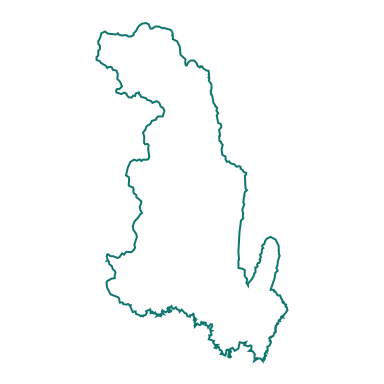 Alto Baudó (Pie De Pato), Chocó, Colombia (Mercator projection)
{"feature_id": "7082276B3053585301138", "entity_name": "Alto Baudó (Pie De Pato)", "entity_type": "district", "adm_level": 2, "iso_a3": "COL", "parent_name": "Colombia", "parent_adm1": "Chocó", "projection": "mercator", "projection_center": [-77.05, 5.663], "detail": "fine", "context": "isolated", "style": "outline", "palette": "teal", "viewbox_px": 384, "rotation_deg": 0, "n_neighbors": 0, "source": "geoboundaries", "source_scale": "gbopen_adm2", "svg_char_len": 6007}
<svg xmlns="http://www.w3.org/2000/svg" viewBox="0 0 384 384"><path d="M283.6,315.5L287.5,310.3L286.7,307.2L285.5,306.6L286.1,304.7L285.0,304.4L283.7,302.2L283.2,302.9L282.4,302.0L282.1,299.3L281.1,298.5L280.2,295.5L277.7,295.4L275.4,291.6L273.9,291.5L273.7,289.8L270.6,289.8L274.5,278.5L275.5,272.7L277.7,270.8L276.3,267.9L277.4,265.7L277.9,261.2L279.7,255.6L278.9,254.2L278.6,245.7L275.6,239.6L270.5,236.9L266.7,238.9L265.4,240.4L264.2,244.2L262.8,244.6L262.1,246.4L263.3,248.1L262.1,249.0L261.5,253.6L260.0,254.7L260.9,256.8L259.7,259.5L260.3,259.8L260.1,261.2L259.1,263.0L258.0,263.0L257.1,264.4L257.6,266.4L256.6,267.4L255.4,267.4L255.5,272.1L254.1,273.7L254.2,275.0L252.1,278.9L248.1,283.5L248.0,285.3L246.5,282.8L247.2,279.0L245.5,277.4L244.6,275.3L244.8,270.2L242.4,268.7L238.5,268.0L238.4,260.7L239.0,259.5L238.4,252.0L239.5,232.0L241.0,220.5L243.3,218.4L242.8,216.8L243.2,213.5L242.3,209.8L244.3,204.2L243.4,202.7L243.9,196.9L244.6,195.9L244.3,194.2L245.0,191.8L247.0,190.3L245.5,188.6L244.9,175.8L246.2,174.5L246.2,172.9L243.8,172.0L242.5,169.9L240.6,168.8L240.7,167.2L239.7,166.2L236.4,166.7L234.6,164.5L230.3,163.2L229.2,161.4L226.8,161.8L225.6,159.5L225.5,156.6L222.4,154.9L221.5,149.6L222.7,144.9L221.2,143.1L221.1,141.9L219.5,140.9L219.3,139.7L219.2,136.3L220.1,135.8L219.1,129.9L221.2,127.3L221.2,125.2L220.5,123.8L218.2,123.0L216.7,115.3L218.1,113.3L216.4,110.7L217.1,107.5L215.2,106.2L215.3,105.3L213.5,102.9L212.1,95.1L211.2,94.5L210.7,91.8L211.5,88.6L211.4,84.1L208.8,80.7L209.4,78.8L208.5,77.6L209.3,76.8L208.6,75.0L209.1,74.3L208.5,70.8L206.2,70.4L203.2,68.2L202.1,66.4L201.0,66.3L200.9,67.0L199.4,67.4L198.8,66.4L197.8,66.2L196.6,63.2L193.8,60.4L190.1,60.7L188.1,62.6L186.7,65.5L185.8,65.3L185.2,63.2L185.5,59.3L180.5,54.8L179.8,46.8L177.2,41.4L173.0,39.2L172.8,35.9L172.2,35.3L172.8,33.7L171.5,30.6L169.9,29.6L163.4,27.8L162.4,28.3L159.3,26.6L155.4,26.5L152.0,28.7L150.4,28.5L148.8,24.3L145.9,23.0L141.7,23.8L138.5,26.4L135.8,31.3L133.6,33.3L133.6,35.2L131.2,36.4L128.4,36.5L126.2,35.1L122.0,35.5L118.8,34.6L117.9,33.3L116.1,34.5L107.8,33.6L105.0,31.5L101.3,33.3L100.2,37.7L98.2,41.5L98.5,44.3L100.0,45.8L99.8,49.2L98.3,50.8L98.3,55.4L96.5,57.2L96.6,60.0L100.0,61.3L101.0,63.0L105.7,65.7L107.3,68.0L108.2,67.1L110.9,67.0L111.8,67.4L112.9,69.8L116.5,70.6L117.8,74.4L117.3,78.9L120.1,81.8L122.0,86.3L119.5,89.0L116.9,89.1L116.1,90.6L116.5,92.5L121.4,94.1L124.2,92.6L126.4,93.7L126.7,95.0L128.7,97.3L131.6,97.6L133.1,95.6L135.1,96.0L135.8,93.4L138.8,92.4L139.1,94.1L140.4,95.1L141.1,96.9L146.0,98.1L147.1,99.9L150.9,100.9L152.5,102.9L156.5,101.1L159.3,102.9L160.8,106.6L163.1,108.0L164.4,110.7L162.7,116.4L158.2,116.4L156.3,118.1L156.1,119.6L151.9,120.9L150.3,124.0L146.7,126.1L145.0,130.2L143.0,132.5L144.2,136.4L144.1,142.9L145.0,144.3L147.6,143.9L148.7,145.4L148.1,148.9L149.3,156.6L148.5,159.0L147.2,159.7L142.7,159.7L141.3,161.0L139.8,159.4L136.7,160.7L134.0,159.6L130.3,162.0L127.8,167.7L126.0,175.4L128.6,177.0L129.2,178.3L128.7,185.1L129.2,186.0L133.1,187.6L133.8,190.1L133.2,191.7L134.0,193.4L136.3,195.0L136.4,197.2L141.3,201.2L141.2,203.5L139.7,206.7L140.4,210.0L142.1,213.0L140.1,214.4L138.3,217.4L134.5,221.4L132.7,226.4L133.4,229.9L136.2,233.9L136.9,236.9L134.3,244.9L135.1,247.5L134.1,249.7L131.2,252.2L126.3,251.8L123.9,254.6L122.1,253.4L119.6,257.0L117.7,258.0L113.5,256.3L110.1,256.0L108.1,254.2L107.2,254.5L106.7,256.6L107.7,259.8L107.1,260.7L107.9,260.4L108.7,261.1L109.2,264.0L111.9,266.2L112.7,269.0L114.6,270.8L115.5,272.7L114.6,276.0L114.8,278.1L111.5,278.7L107.3,281.0L106.5,282.4L107.1,287.7L110.5,294.3L118.2,297.3L119.1,298.4L119.8,302.6L122.5,302.4L123.3,304.1L126.6,304.6L128.1,304.0L129.4,305.2L130.7,305.3L130.2,306.2L132.7,312.0L135.6,311.4L135.9,313.9L139.0,314.9L140.7,316.2L141.9,315.5L143.0,316.3L143.6,315.5L145.5,315.1L146.8,312.8L146.1,311.2L150.2,309.4L150.7,313.2L151.5,312.9L151.0,311.6L152.1,311.5L152.8,312.1L152.7,313.1L153.6,313.5L155.2,312.5L155.7,313.9L157.9,314.4L156.9,315.9L159.7,314.6L159.4,315.8L160.6,316.2L160.6,314.6L161.5,314.8L162.2,313.4L163.2,313.8L161.8,311.9L162.4,310.3L165.5,312.4L167.3,311.0L169.0,312.3L171.0,311.4L171.2,310.5L169.5,310.3L169.4,308.3L167.9,309.3L167.4,308.7L168.0,307.6L170.0,307.3L171.4,306.2L171.8,307.6L173.5,309.0L175.9,307.3L177.0,309.3L178.9,310.0L179.7,311.8L181.6,309.6L184.9,313.2L186.4,313.5L187.4,316.2L189.7,316.8L190.2,315.1L191.8,315.1L193.1,313.8L193.7,314.4L193.8,316.7L195.8,318.9L194.1,319.0L193.8,320.0L195.5,320.7L194.5,322.2L195.4,323.6L194.5,325.4L194.8,326.7L197.2,323.6L199.3,325.1L200.9,324.6L201.5,323.7L201.0,322.4L201.6,322.0L203.2,323.9L204.1,322.3L205.9,323.0L205.3,325.0L207.5,325.7L208.2,327.6L210.5,324.3L212.0,324.4L212.3,326.3L210.1,329.0L210.3,329.9L212.1,330.7L210.6,331.5L211.6,334.7L210.8,335.4L209.3,335.3L209.6,337.2L208.8,339.2L214.0,341.0L213.2,342.5L214.9,345.0L217.6,344.9L214.7,347.7L216.3,348.3L217.7,346.8L218.7,346.9L219.8,350.1L221.3,350.4L222.1,351.7L220.8,354.1L222.0,354.3L222.7,353.4L224.2,355.3L225.5,355.5L226.6,349.8L228.0,349.7L229.1,351.2L228.2,356.7L229.0,357.4L230.4,357.3L231.0,356.7L230.1,355.9L229.7,353.3L231.1,351.8L229.8,349.3L232.5,347.8L234.7,350.8L238.4,348.6L239.7,342.2L243.1,343.1L245.9,342.2L244.2,345.0L247.9,346.3L250.6,345.4L251.5,346.5L251.3,349.1L249.2,350.9L252.6,351.2L254.8,354.1L254.4,357.1L254.9,358.9L254.2,361.0L256.1,359.7L256.6,358.3L257.6,358.9L257.8,358.3L260.4,358.5L262.5,360.8L262.4,360.1L263.3,360.4L263.7,359.3L264.2,359.8L264.6,358.9L265.6,358.9L263.6,358.1L265.6,356.1L264.8,355.8L264.8,354.3L265.4,354.5L264.8,353.6L266.0,352.0L266.6,352.3L266.2,351.3L267.8,350.6L267.3,346.8L269.5,345.6L270.9,342.5L270.9,341.4L269.7,340.9L270.2,340.2L269.2,338.4L270.6,336.9L271.4,337.4L272.3,336.1L273.3,335.9L274.6,332.3L275.6,332.3L275.9,330.8L275.2,330.1L275.8,328.8L275.1,328.1L276.2,326.8L275.6,325.9L277.4,324.3L277.1,323.6L278.2,323.6L278.7,320.7L279.9,320.9L279.4,320.0L280.8,318.8L281.0,317.2L282.5,317.4L281.9,316.9L282.9,316.5L282.6,315.8L283.6,315.5Z" fill="none" stroke="#0f766e" stroke-width="2"/></svg>